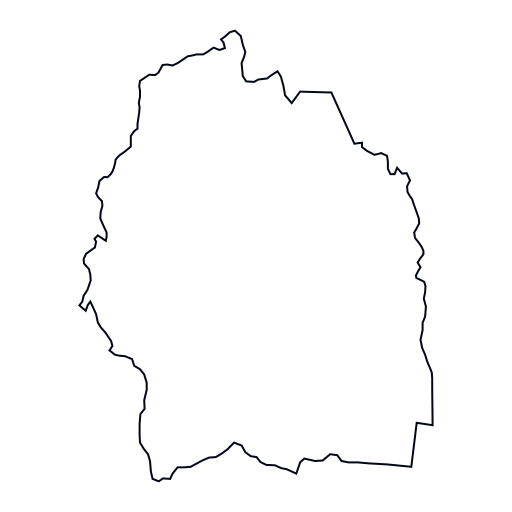 the district of Temerloh, Pahang, Malaysia
{"feature_id": "92858781B90183149437098", "entity_name": "Temerloh", "entity_type": "district", "adm_level": 2, "iso_a3": "MYS", "parent_name": "Malaysia", "parent_adm1": "Pahang", "projection": "natural_earth1", "projection_center": [102.238, 3.618], "detail": "fine", "context": "isolated", "style": "outline", "palette": "ink", "viewbox_px": 512, "rotation_deg": 0, "n_neighbors": 0, "source": "geoboundaries", "source_scale": "gbopen_adm2", "svg_char_len": 2650}
<svg xmlns="http://www.w3.org/2000/svg" viewBox="0 0 512 512"><path d="M149.3,74.7L140.0,80.9L139.2,86.2L140.0,90.6L140.0,96.9L138.8,102.7L139.6,107.5L139.2,112.3L137.5,123.9L137.5,128.7L134.2,131.1L130.8,136.0L130.8,143.7L130.8,146.6L124.4,151.9L120.4,154.7L117.7,157.1L115.6,159.6L115.1,163.0L114.0,167.3L112.7,171.0L110.8,174.1L107.6,177.2L104.1,177.0L99.5,180.9L98.2,187.2L96.1,193.4L98.2,197.3L102.0,201.2L102.4,206.0L100.7,211.8L100.3,218.5L102.8,224.3L106.6,232.5L106.6,236.9L105.8,240.8L97.8,235.4L94.5,238.8L96.1,241.7L94.9,247.5L90.7,250.4L86.1,253.8L83.6,259.1L84.0,263.5L89.0,269.2L90.3,274.6L90.7,280.4L87.4,290.0L83.6,295.8L82.3,301.6L79.4,305.4L85.7,310.8L87.8,305.0L90.3,301.6L92.4,306.0L96.1,314.2L97.8,322.4L100.7,327.2L105.7,333.0L111.2,341.2L112.4,346.0L109.5,350.4L114.9,354.7L119.5,355.7L125.0,356.2L132.1,359.1L134.2,365.8L140.0,369.2L144.2,374.5L146.7,382.7L146.7,390.0L144.2,400.1L144.6,408.8L140.4,414.1L139.6,423.8L139.6,434.9L140.0,442.6L143.8,448.9L148.0,454.2L150.0,461.0L150.9,471.6L152.6,478.9L158.8,481.3L163.0,478.4L170.1,478.9L172.6,473.6L177.6,467.3L184.7,467.3L190.6,466.8L196.0,463.9L202.3,460.5L209.0,457.6L215.7,457.1L221.5,453.7L227.4,449.4L234.1,442.6L241.6,445.5L245.4,452.3L250.8,456.2L256.6,457.1L260.4,462.0L266.3,464.9L275.0,465.3L281.3,468.2L286.7,469.2L296.3,473.6L300.1,462.4L304.3,458.6L315.2,461.0L322.7,460.5L330.2,454.2L337.3,455.2L341.5,461.0L348.6,462.4L357.8,462.4L369.1,463.4L387.1,464.4L411.3,466.8L416.7,422.8L432.6,425.2L432.2,388.1L432.2,383.2L432.2,378.4L431.8,372.6L429.7,367.3L427.2,361.5L425.1,354.7L422.2,348.0L420.5,339.8L422.6,330.1L422.6,322.9L425.1,316.6L425.5,312.2L425.9,306.4L423.8,298.7L425.1,292.4L425.5,286.2L424.2,281.8L420.5,279.9L416.3,277.9L415.9,275.5L418.4,270.7L420.5,267.3L417.6,262.5L420.1,258.6L423.4,254.3L423.4,250.9L421.7,247.0L418.8,242.7L415.0,237.9L414.2,232.5L416.7,228.2L419.2,223.4L418.8,218.5L416.7,212.3L414.2,205.5L412.1,199.2L410.0,196.3L407.5,192.0L407.1,186.2L410.0,180.4L406.7,173.2L402.1,173.6L397.1,167.8L394.6,174.1L390.4,174.1L387.9,168.8L387.9,161.6L387.0,155.8L381.0,153.0L380.3,153.4L374.5,154.8L367.0,150.9L362.0,147.1L362.0,142.7L354.4,143.7L331.4,92.5L312.6,92.0L300.1,91.6L291.7,103.1L285.1,95.4L283.4,85.8L280.9,76.6L277.5,71.3L270.8,75.6L267.1,78.5L258.3,79.5L254.1,81.9L246.2,81.4L242.8,76.1L241.6,63.1L244.1,56.8L245.3,52.0L242.8,44.7L240.8,36.0L234.9,30.7L229.9,32.2L225.7,36.0L221.1,39.4L223.6,42.8L224.9,48.1L219.4,50.0L213.6,47.6L207.3,52.0L203.1,54.4L196.5,54.4L193.1,55.3L187.7,56.3L182.7,59.7L177.6,63.1L172.6,65.5L167.2,64.5L162.6,65.0L158.4,72.7L155.1,75.1L149.3,74.7Z" fill="none" stroke="#020617" stroke-width="2"/></svg>